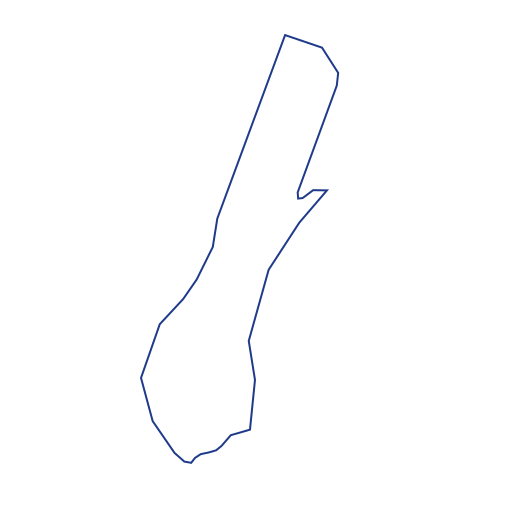 an SVG outline of Lukovica, rotated 296°
{"feature_id": "SVN-966", "entity_name": "Lukovica", "entity_type": "Municipality", "adm_level": 1, "iso_a3": "SVN", "parent_name": "Slovenia", "parent_adm1": "", "projection": "natural_earth1", "projection_center": [14.748, 46.176], "detail": "fine", "context": "isolated", "style": "outline", "palette": "blue", "viewbox_px": 512, "rotation_deg": 296, "n_neighbors": 0, "source": "natural_earth", "source_scale": "10m", "svg_char_len": 526}
<svg xmlns="http://www.w3.org/2000/svg" viewBox="0 0 512 512"><g transform="rotate(296 256 256)"><path d="M245.2,213.2L272.7,204.8L467.3,185.3L472.2,224.0L456.6,249.6L444.6,253.9L331.4,265.6L326.1,268.7L328.5,272.5L340.2,278.5L346.1,291.0L305.0,280.3L249.2,273.4L176.5,286.7L144.2,309.4L97.3,326.7L83.9,311.9L70.0,308.2L63.8,305.3L58.5,299.4L53.7,293.2L47.8,289.7L41.7,288.4L39.8,281.7L43.3,269.1L62.3,235.5L96.0,206.1L152.5,199.4L185.4,209.4L208.9,213.0L245.2,213.2Z" fill="none" stroke="#1e3a8a" stroke-width="2"/></g></svg>